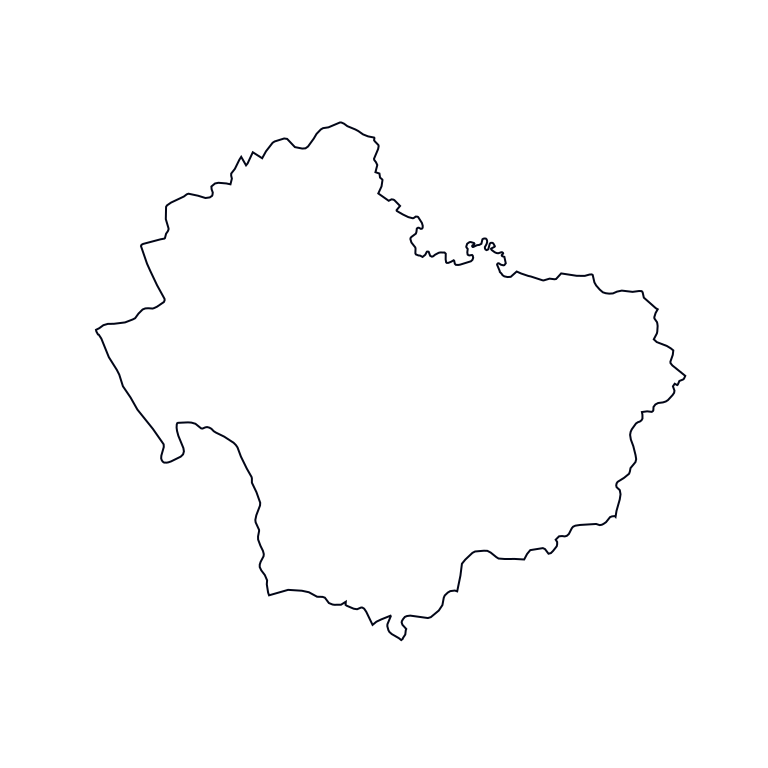 outline of Yen Thanh, Nghệ An, Vietnam, rotated 282°
{"feature_id": "81297802B75629290490646", "entity_name": "Yen Thanh", "entity_type": "district", "adm_level": 2, "iso_a3": "VNM", "parent_name": "Vietnam", "parent_adm1": "Nghệ An", "projection": "robinson", "projection_center": [105.458, 19.022], "detail": "fine", "context": "isolated", "style": "outline", "palette": "ink", "viewbox_px": 768, "rotation_deg": 282, "n_neighbors": 0, "source": "geoboundaries", "source_scale": "gbopen_adm2", "svg_char_len": 6159}
<svg xmlns="http://www.w3.org/2000/svg" viewBox="0 0 768 768"><g transform="rotate(282 384 384)"><path d="M468.4,117.6L452.4,127.2L446.1,131.8L433.4,141.5L421.7,151.6L420.4,152.0L418.5,151.7L412.4,145.9L410.5,143.4L409.7,142.0L409.1,137.7L408.3,134.8L406.7,132.4L401.8,129.2L396.6,126.9L394.9,124.8L390.4,117.9L386.7,107.2L385.4,101.4L383.2,97.3L379.3,93.8L377.1,91.0L375.6,91.7L373.0,93.9L372.9,94.8L369.6,98.1L353.0,109.3L342.3,119.7L338.1,123.1L327.5,129.1L318.1,138.9L307.7,148.1L292.1,167.2L279.2,181.0L276.6,181.7L267.6,181.1L264.9,181.5L263.2,182.5L262.0,183.8L261.4,185.3L261.9,187.8L262.5,189.3L264.0,191.8L270.7,200.3L273.4,202.1L276.5,202.3L279.6,201.1L290.6,193.6L295.1,191.3L298.2,190.2L301.3,189.7L302.7,189.9L303.2,190.6L305.7,200.2L306.2,203.6L305.9,207.8L302.6,214.3L302.6,215.0L302.7,215.8L304.4,218.2L305.1,219.9L305.0,222.2L304.3,224.5L302.4,227.3L301.5,229.8L299.3,238.6L295.2,249.2L293.5,251.8L291.5,253.9L283.3,259.1L272.7,267.4L265.5,273.8L264.2,274.4L260.0,275.3L251.7,281.7L242.1,287.6L239.4,288.0L229.1,286.4L224.3,286.4L222.0,287.2L215.4,292.1L214.2,292.4L208.7,292.5L205.7,293.2L200.2,296.7L195.6,300.3L192.6,301.8L190.4,302.0L184.4,300.3L181.5,300.0L179.1,300.5L176.2,302.7L172.3,307.2L167.6,310.5L163.7,311.0L155.9,314.0L153.4,315.5L162.7,333.0L164.7,346.6L164.7,353.8L162.0,362.8L163.0,368.1L162.7,370.6L158.3,375.6L157.6,379.5L157.7,381.3L159.2,387.9L163.1,391.9L160.0,392.3L159.4,393.5L157.9,401.1L158.1,404.5L160.6,408.1L160.8,409.3L160.1,411.3L157.5,414.0L146.0,422.9L149.9,426.0L153.2,430.3L158.7,438.5L158.2,438.9L149.7,437.3L147.8,437.6L144.1,439.5L142.6,440.8L141.0,443.6L138.4,451.6L137.1,454.1L138.6,455.3L139.6,455.4L143.4,456.9L147.6,456.5L149.0,456.7L152.3,452.1L154.5,450.8L155.8,450.8L157.9,451.5L160.5,452.8L161.8,454.7L162.9,457.8L164.2,475.6L165.7,478.3L173.8,484.7L179.9,487.1L187.4,486.9L189.8,487.4L193.3,489.8L195.2,491.9L196.7,496.2L196.4,498.7L212.4,498.6L224.4,497.6L229.1,500.0L237.2,505.6L239.1,507.9L241.7,516.4L242.3,519.8L241.3,523.4L238.0,529.9L237.1,532.3L237.9,538.3L240.1,548.5L241.5,557.6L247.5,559.3L251.9,561.6L256.5,573.5L256.0,575.8L252.2,580.2L253.3,582.4L255.9,584.1L261.2,586.7L263.3,586.7L265.5,586.2L267.4,584.3L271.4,586.9L272.3,589.8L272.5,592.5L273.5,594.4L275.7,596.0L282.0,597.7L283.7,598.6L285.2,600.6L286.9,605.1L291.2,620.6L290.8,624.3L291.6,626.3L292.8,627.8L295.0,629.9L300.8,632.8L301.9,634.5L302.8,637.2L302.2,638.1L308.3,637.8L320.1,638.6L325.3,638.3L329.2,636.7L331.4,633.0L333.1,632.2L335.2,632.2L336.9,632.9L342.2,638.4L347.2,642.4L349.6,642.7L353.0,642.6L359.9,646.2L362.9,646.3L366.8,644.8L375.0,640.8L381.0,637.0L385.4,635.3L388.5,635.2L391.2,635.8L397.8,638.7L399.5,640.4L400.4,642.0L402.0,643.4L403.9,644.0L407.6,643.2L410.2,642.1L412.0,647.1L412.4,651.7L413.5,652.7L414.3,652.9L417.6,652.4L420.4,653.7L422.4,656.1L424.0,660.7L425.5,663.3L427.3,665.1L433.2,668.6L435.7,669.6L437.9,669.5L441.8,667.1L444.7,668.3L443.9,671.0L444.5,671.5L448.4,672.3L450.5,675.5L451.5,676.3L454.6,677.0L462.1,662.2L464.0,659.9L465.4,659.5L472.5,660.4L477.0,660.0L478.5,657.1L480.0,652.8L481.7,642.1L483.8,638.6L490.2,640.4L492.1,640.4L497.6,639.6L499.9,638.8L501.2,638.2L504.3,634.9L505.5,634.5L509.9,634.9L514.0,636.2L514.6,634.2L522.5,620.2L527.5,617.9L528.4,616.7L528.0,614.2L525.8,608.0L524.8,597.2L522.8,592.7L520.2,589.1L519.2,585.5L518.9,582.0L519.2,579.0L521.2,575.4L524.4,571.1L527.1,568.7L534.0,565.5L534.4,564.4L533.8,562.3L531.5,557.9L529.9,550.0L529.0,534.3L522.5,530.5L521.9,529.0L521.5,524.1L518.5,518.6L518.4,517.5L519.7,505.2L519.7,502.7L520.6,495.1L521.6,490.4L515.2,485.7L514.3,482.6L514.3,479.3L515.1,477.3L516.4,476.0L517.7,474.0L518.7,473.6L524.2,469.8L525.0,469.9L525.8,470.5L525.9,471.3L525.0,473.5L524.9,476.1L525.3,477.0L527.4,478.0L533.4,475.3L533.6,473.1L534.1,472.5L534.7,472.4L536.4,473.4L537.0,473.1L537.4,472.3L537.3,471.4L535.6,468.5L535.5,466.8L535.9,464.9L537.4,461.6L538.1,460.8L538.7,460.6L541.2,463.6L541.8,463.8L544.0,461.9L544.5,461.2L544.6,460.3L544.2,459.0L543.3,458.3L537.4,458.0L536.3,456.6L536.6,455.4L537.5,454.6L538.9,454.2L542.0,455.2L544.3,455.4L545.7,455.0L546.8,454.3L547.4,453.4L547.3,452.3L546.8,451.0L546.0,450.2L541.4,450.1L539.9,448.3L539.1,446.1L536.6,442.8L536.5,442.2L537.1,441.6L537.8,441.6L539.5,443.2L540.0,443.3L540.6,442.7L540.9,439.3L540.5,438.1L538.5,436.2L535.6,435.9L534.8,436.2L533.5,437.8L530.1,438.1L528.0,438.9L527.6,439.7L527.5,440.7L528.5,443.3L528.0,444.1L526.0,445.0L523.8,444.7L522.1,443.5L516.6,433.7L515.9,432.0L515.5,429.5L516.3,428.3L519.2,427.0L519.5,426.4L517.6,424.3L515.9,421.8L515.5,420.3L515.9,419.5L518.7,418.4L524.3,417.3L525.2,415.9L524.3,411.5L523.7,410.2L521.0,407.0L519.2,405.6L518.5,404.4L519.0,402.5L522.6,400.2L522.7,399.4L522.3,398.4L519.0,397.5L516.3,395.3L517.1,392.6L516.9,390.9L517.4,388.2L518.4,387.5L523.0,386.7L524.1,386.2L528.1,381.4L531.2,379.7L532.2,379.6L533.5,380.2L537.7,383.9L539.5,384.1L542.9,383.8L543.8,384.6L544.1,385.5L543.4,387.9L544.0,389.0L544.9,389.3L546.8,389.0L549.4,387.6L554.4,382.7L554.6,382.0L554.4,380.3L552.4,378.4L552.1,377.6L552.3,373.1L553.7,367.4L555.8,360.8L556.2,360.3L556.8,360.2L561.5,362.7L566.0,355.9L566.3,354.8L566.2,353.0L564.2,350.5L569.2,338.8L576.8,340.5L583.3,340.1L583.8,339.6L585.1,337.2L588.9,335.8L589.4,331.6L596.8,331.9L599.3,330.0L601.1,327.9L602.2,327.4L612.7,329.4L615.6,329.3L616.6,328.8L619.5,324.5L620.4,323.6L622.6,323.5L623.0,323.1L622.9,316.9L623.8,311.6L626.1,306.2L627.0,303.1L628.6,294.5L630.3,290.8L630.9,288.0L630.7,286.6L623.5,276.3L621.6,271.2L619.9,269.3L614.6,266.0L609.5,264.3L600.5,260.3L598.2,258.2L597.3,255.1L597.2,247.6L603.6,238.3L603.4,235.3L598.5,226.6L596.8,224.9L587.1,220.2L579.5,217.9L583.4,207.5L571.3,204.7L569.2,203.6L576.5,197.1L573.3,195.9L563.4,193.4L558.1,190.8L556.0,191.2L553.3,192.5L547.4,192.3L547.4,188.1L546.4,180.2L545.0,177.0L541.3,174.1L538.6,174.9L535.7,176.7L533.3,176.9L532.3,176.7L530.3,174.8L528.8,170.7L529.5,163.0L529.5,153.2L528.5,151.6L525.8,149.3L517.2,138.0L513.6,134.6L512.0,134.0L499.9,136.3L491.4,140.9L490.3,141.1L488.5,140.8L485.7,139.6L481.2,139.4L480.6,139.0L479.0,135.2L470.9,119.2L469.8,117.9L468.4,117.6Z" fill="none" stroke="#020617" stroke-width="2"/></g></svg>